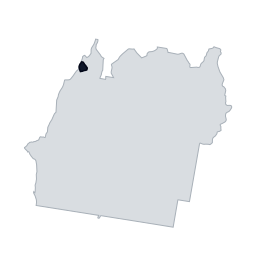 Wad Al Mahi, Blue Nile, Sudan (highlighted), rotated 189°
{"feature_id": "16777658B66589666845183", "entity_name": "Wad Al Mahi", "entity_type": "district", "adm_level": 2, "iso_a3": "SDN", "parent_name": "Sudan", "parent_adm1": "Blue Nile", "projection": "natural_earth1", "projection_center": [34.827, 11.596], "detail": "fine", "context": "in_parent", "style": "filled", "palette": "ink", "viewbox_px": 256, "rotation_deg": 189, "n_neighbors": 0, "source": "geoboundaries", "source_scale": "gbopen_adm2", "svg_char_len": 4512}
<svg xmlns="http://www.w3.org/2000/svg" viewBox="0 0 256 256"><g transform="rotate(189 128 128)"><path d="M173.9,210.7L171.6,210.7L171.4,210.1L171.4,208.4L171.7,207.2L172.5,205.2L172.3,204.1L172.4,202.5L171.8,200.8L166.5,195.7L165.5,194.3L162.6,193.0L163.1,191.5L162.0,181.1L162.5,179.9L162.7,178.0L162.7,176.4L163.4,173.8L163.5,172.6L157.8,172.5L157.7,173.7L158.0,175.0L158.0,175.5L150.1,175.5L153.2,179.6L153.4,181.4L153.2,183.7L153.2,185.1L153.4,186.0L154.3,187.9L154.2,188.2L154.0,188.7L148.4,194.1L147.5,196.7L146.7,198.0L145.1,200.2L140.0,206.1L139.1,206.4L135.2,206.7L134.9,206.8L134.5,207.1L134.4,207.0L131.1,203.6L125.5,199.4L121.8,201.6L120.7,202.4L120.7,204.4L120.2,205.4L119.2,206.5L116.4,207.2L115.0,207.8L113.3,208.9L111.6,210.8L111.5,211.7L111.7,212.6L102.2,212.6L101.6,211.9L100.2,208.8L99.3,209.0L90.6,208.6L89.4,208.9L86.9,210.2L85.7,210.4L84.4,209.8L79.9,203.8L79.0,203.0L77.9,201.6L77.0,200.9L76.7,200.5L76.6,199.8L76.6,198.5L76.3,197.7L75.6,197.5L69.5,198.9L68.6,198.7L67.3,199.0L66.9,199.2L66.4,200.0L66.2,201.7L66.1,202.5L65.6,203.4L63.9,205.5L63.5,206.4L63.5,208.7L63.4,209.8L63.1,210.3L62.4,211.2L62.1,211.7L61.8,214.6L60.8,216.4L60.6,217.0L60.5,218.3L60.4,218.7L57.6,219.7L56.6,220.3L55.9,221.3L55.8,221.7L54.6,221.4L53.1,221.1L50.2,220.8L49.1,220.3L48.5,219.6L48.7,217.9L48.4,217.5L48.0,217.2L47.7,216.4L47.7,215.5L49.3,213.5L49.6,212.4L50.1,207.3L49.9,205.7L48.8,202.9L46.1,197.9L45.4,197.0L42.0,192.9L41.6,192.3L40.8,190.6L41.7,186.8L41.8,185.8L41.6,184.7L40.7,183.9L39.9,183.8L38.9,182.8L38.2,182.3L37.7,181.4L37.3,180.2L37.6,175.8L37.4,175.2L36.5,175.0L36.3,174.7L36.4,173.8L35.9,171.3L35.4,169.2L35.7,168.1L35.0,166.5L33.6,165.8L30.9,166.3L30.0,166.3L29.4,166.0L29.0,165.4L28.8,164.7L29.0,163.7L29.8,161.8L30.8,160.2L32.8,158.8L33.4,158.1L33.7,157.2L33.7,156.3L33.6,155.3L33.4,154.4L32.8,153.1L32.3,151.7L32.3,150.7L32.6,150.0L33.1,149.2L35.1,147.6L37.2,146.2L37.5,145.7L37.4,145.2L36.5,144.0L36.2,141.9L35.7,140.3L36.8,139.2L37.5,138.8L38.7,138.4L39.2,138.0L39.3,137.1L39.3,136.2L39.7,135.5L40.3,134.1L40.8,133.5L42.3,131.9L42.7,130.8L42.8,129.8L42.4,126.7L43.3,125.5L44.5,124.4L46.1,124.5L48.7,124.2L50.4,123.8L51.6,123.8L54.4,124.4L54.7,124.1L54.9,123.3L55.8,64.9L67.3,64.9L67.5,64.8L67.9,37.1L140.6,37.2L141.2,37.1L142.3,34.5L142.8,34.3L143.6,34.4L143.8,35.0L143.2,37.1L206.6,37.1L206.7,40.3L207.3,42.8L209.1,46.4L210.6,48.4L211.2,49.5L211.2,50.0L211.1,50.4L210.7,49.9L209.9,49.5L209.8,51.2L210.2,54.7L210.8,57.1L210.4,59.4L210.4,63.2L211.3,67.7L211.1,70.6L212.5,77.4L213.8,81.2L214.5,82.1L215.3,82.6L216.8,82.9L219.1,84.9L220.9,86.9L221.5,88.0L222.4,89.1L223.0,88.9L223.3,88.6L223.9,89.5L226.8,91.6L227.2,92.5L226.2,93.4L225.0,95.0L224.5,96.5L224.1,97.0L223.2,97.9L223.0,98.3L222.6,98.6L222.2,98.6L221.2,99.1L220.4,99.0L219.5,99.3L219.2,99.6L218.5,99.9L217.5,100.1L216.0,101.3L214.8,101.9L214.3,102.4L213.7,104.9L213.2,105.6L211.3,105.6L210.3,105.9L209.1,105.6L208.4,105.6L208.3,106.1L208.1,108.3L208.1,109.2L207.0,111.6L207.3,116.2L206.3,119.6L206.2,120.4L205.1,123.1L204.6,124.1L203.3,129.1L202.8,130.7L201.6,132.3L202.8,144.4L201.9,148.1L201.9,150.2L201.2,153.1L200.7,154.5L199.9,156.2L199.1,158.1L198.5,160.5L198.1,165.2L197.9,165.6L194.5,166.2L193.5,166.5L192.7,167.0L191.9,168.2L190.1,171.5L189.2,173.5L187.8,176.2L186.1,178.2L185.8,179.1L185.5,180.9L184.9,183.7L184.3,185.6L184.4,187.2L183.9,190.0L184.0,191.3L183.4,192.1L182.6,192.8L182.1,193.0L179.7,191.1L178.1,192.4L177.0,194.2L176.2,196.0L176.7,199.8L176.6,200.6L176.4,201.6L174.8,205.3L174.4,207.0L173.9,210.0L173.9,210.7Z" fill="#d9dde1" stroke="#a8b0b8" stroke-width="1"/><path d="M183.8,176.3L181.8,177.0L181.7,177.1L181.3,177.3L180.5,177.8L178.4,178.5L178.2,178.8L178.0,179.0L177.9,179.0L177.9,179.6L177.6,179.8L177.6,180.3L177.7,181.0L177.9,181.3L178.2,181.4L178.2,181.6L178.4,181.8L178.6,181.9L178.8,181.9L179.0,182.3L179.1,182.5L179.3,182.8L179.6,183.1L179.8,183.2L180.2,183.6L180.6,183.8L181.0,184.0L181.1,184.4L181.2,184.5L181.3,184.6L181.5,184.9L181.6,185.0L181.9,185.3L182.0,185.4L182.2,185.5L182.3,185.7L182.5,185.9L182.6,186.0L182.8,186.0L183.0,186.0L183.3,186.1L183.5,186.1L183.8,186.1L184.0,186.1L184.3,186.0L184.3,185.9L184.4,185.7L184.5,185.5L184.7,184.9L184.7,184.7L185.1,184.2L185.4,183.6L185.5,183.3L185.5,182.9L185.7,182.5L185.8,182.2L185.8,181.8L185.9,181.2L185.9,180.5L185.8,180.4L185.7,180.3L185.6,180.1L185.6,179.9L185.5,179.6L185.4,179.3L185.4,179.2L185.2,178.8L184.8,178.1L184.5,177.4L184.4,177.2L184.0,176.6L183.8,176.3Z" fill="#0f172a" stroke="#020617" stroke-width="1.5"/></g></svg>